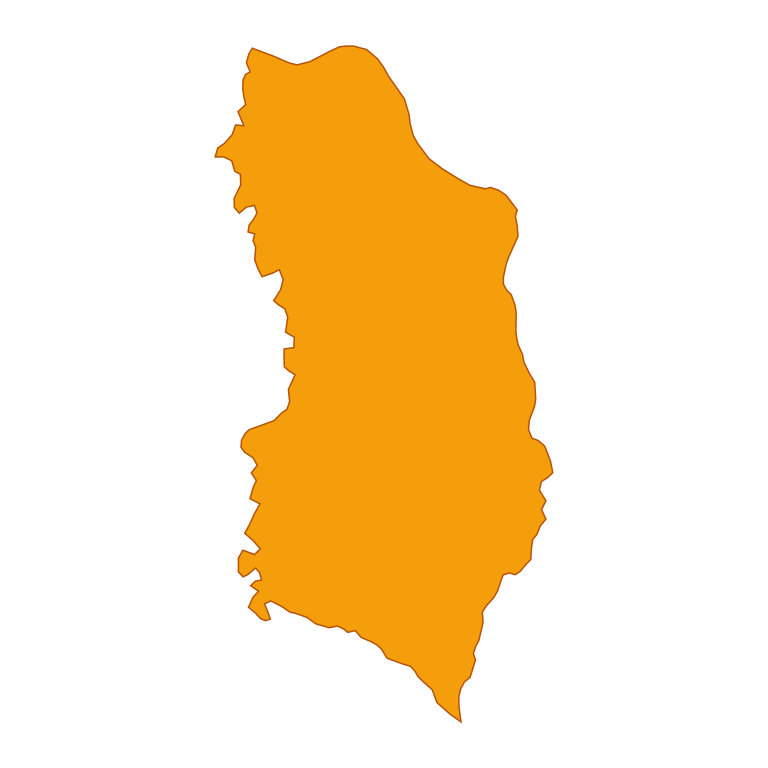 Alvorada do Sul, Paraná, Brazil (Equal Earth projection)
{"feature_id": "56859067B67117071353938", "entity_name": "Alvorada do Sul", "entity_type": "district", "adm_level": 2, "iso_a3": "BRA", "parent_name": "Brazil", "parent_adm1": "Paraná", "projection": "equal_earth", "projection_center": [-51.267, -22.816], "detail": "fine", "context": "isolated", "style": "filled", "palette": "amber", "viewbox_px": 768, "rotation_deg": 0, "n_neighbors": 0, "source": "geoboundaries", "source_scale": "gbopen_adm2", "svg_char_len": 2666}
<svg xmlns="http://www.w3.org/2000/svg" viewBox="0 0 768 768"><path d="M451.7,174.7L442.0,168.6L429.0,158.7L417.4,143.1L413.2,135.4L410.2,123.9L409.0,114.4L404.4,98.9L388.3,75.9L383.5,67.1L377.6,58.9L366.6,49.5L360.3,47.9L354.0,46.1L345.9,46.1L339.5,46.8L330.4,51.0L309.8,61.7L297.0,64.9L288.9,62.8L273.1,56.0L252.3,48.2L248.9,53.9L246.4,62.8L250.2,71.9L245.6,74.4L243.0,80.0L242.8,89.0L243.8,96.3L245.7,104.5L238.0,111.6L241.2,119.4L243.8,125.7L235.6,125.0L232.2,134.6L224.3,143.5L217.7,148.1L215.2,156.9L223.7,156.9L231.7,160.8L234.8,171.4L240.4,174.3L240.7,184.9L234.1,198.5L234.4,207.6L239.3,213.2L246.4,207.1L254.4,205.5L257.0,212.9L253.8,219.0L249.1,225.2L248.1,232.0L254.7,233.8L253.1,240.5L255.7,247.3L254.7,259.7L257.9,268.6L262.1,276.7L272.7,273.1L279.3,269.7L283.2,279.5L280.6,289.7L273.7,300.7L278.3,304.7L284.8,308.8L287.7,317.0L285.6,332.3L294.3,337.1L293.8,347.7L284.2,348.9L284.0,357.0L284.3,366.9L288.8,370.8L295.0,374.8L288.4,389.5L289.6,401.7L286.9,409.4L282.4,412.3L278.0,416.6L273.9,420.7L249.1,429.7L245.1,433.6L241.5,440.3L241.0,447.3L244.6,452.3L252.9,457.6L257.3,465.3L251.3,472.9L256.4,480.6L253.2,487.3L250.0,498.7L260.0,503.9L254.2,514.1L249.7,524.2L244.7,533.3L253.1,540.5L260.3,548.9L254.5,554.5L242.9,550.2L238.4,558.1L238.4,571.9L243.1,576.9L248.1,574.4L255.6,568.0L259.5,572.6L261.6,580.0L255.5,581.1L250.7,585.7L258.6,591.3L253.1,597.0L248.5,607.3L255.0,612.6L260.6,618.6L265.2,620.7L270.3,619.1L267.7,611.5L264.5,603.8L270.9,600.9L281.7,606.5L290.3,612.3L295.7,613.4L301.7,615.5L307.0,617.5L316.0,623.9L329.1,627.7L337.6,626.1L343.4,628.8L347.7,632.4L355.3,630.6L361.1,637.4L371.2,641.7L377.2,645.1L381.5,649.1L387.0,658.2L394.9,661.1L401.7,663.6L410.7,666.4L415.0,671.3L418.1,676.7L423.4,681.9L432.2,689.7L436.9,702.5L450.1,714.2L461.0,721.9L459.0,707.0L458.8,696.8L460.7,688.7L464.6,681.7L470.1,677.4L475.5,659.7L473.3,653.7L475.7,646.5L478.9,640.2L480.9,631.7L483.1,622.5L482.3,612.3L486.2,606.0L493.6,597.8L497.6,590.9L500.8,581.1L503.2,574.8L509.4,573.0L515.3,574.7L520.3,571.2L526.4,564.0L530.8,559.5L531.4,548.6L532.8,539.3L536.9,534.4L540.4,525.8L545.9,519.1L541.6,509.7L545.9,500.7L539.4,490.1L541.4,481.6L547.8,477.4L552.8,472.7L550.5,461.1L547.5,453.3L544.6,446.0L538.3,440.6L531.9,438.1L528.5,429.6L529.3,420.3L534.6,406.2L535.7,398.5L534.7,382.1L529.5,373.7L524.0,362.4L522.4,354.2L518.2,345.0L516.7,338.0L515.9,331.2L516.2,312.7L515.1,305.4L511.3,294.8L506.6,290.1L503.4,284.1L503.4,277.4L506.1,264.5L508.8,256.8L518.0,236.3L517.2,225.6L515.4,216.4L517.2,210.0L510.6,201.2L506.1,195.3L498.5,190.2L490.3,187.4L485.5,188.8L469.9,185.3L458.0,178.6L451.7,174.7Z" fill="#f59e0b" stroke="#b45309" stroke-width="1.5"/></svg>